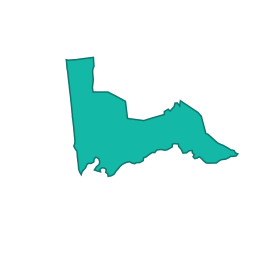 outline of Torres, Rio Grande do Sul, Brazil, rotated 139°
{"feature_id": "56859067B2834526967114", "entity_name": "Torres", "entity_type": "district", "adm_level": 2, "iso_a3": "BRA", "parent_name": "Brazil", "parent_adm1": "Rio Grande do Sul", "projection": "albers", "projection_center": [-49.804, -29.33], "detail": "fine", "context": "isolated", "style": "filled", "palette": "teal", "viewbox_px": 256, "rotation_deg": 139, "n_neighbors": 0, "source": "geoboundaries", "source_scale": "gbopen_adm2", "svg_char_len": 1998}
<svg xmlns="http://www.w3.org/2000/svg" viewBox="0 0 256 256"><g transform="rotate(139 128 128)"><path d="M137.9,93.4L135.7,95.3L133.4,94.3L130.5,94.2L128.0,93.9L125.8,93.6L124.0,91.9L120.8,92.5L118.4,91.0L116.6,89.5L114.9,87.2L112.8,85.9L110.6,85.4L107.0,84.7L105.2,86.7L103.0,85.6L100.5,82.8L101.9,80.8L101.8,77.0L103.0,73.0L100.2,70.9L96.7,70.6L94.3,68.9L95.8,66.9L95.4,64.5L97.8,63.6L97.7,61.1L95.4,59.9L93.0,59.5L92.6,56.5L92.5,53.7L91.9,50.3L90.0,48.4L88.0,46.8L86.2,45.2L84.2,43.6L81.2,43.5L78.2,42.8L74.7,40.4L71.5,39.5L69.2,39.3L67.5,37.8L64.9,36.0L62.1,36.4L63.3,38.9L62.7,41.4L64.7,43.9L66.2,48.7L67.6,52.5L69.0,55.2L70.2,58.1L71.8,70.8L72.9,72.7L65.0,88.8L65.0,93.8L70.6,114.2L74.6,110.7L74.3,114.5L76.1,115.9L79.2,113.9L85.2,113.2L85.3,115.8L87.8,116.2L89.8,116.6L91.7,114.4L97.0,116.8L103.0,119.6L111.2,123.2L122.1,135.5L112.4,149.9L116.7,161.2L117.6,163.4L119.5,168.3L130.8,178.1L128.4,181.8L122.7,187.0L117.8,193.7L115.5,195.8L113.2,196.9L107.8,204.0L119.3,211.7L121.5,213.0L126.2,216.6L128.5,218.2L129.8,220.0L132.6,216.0L134.0,214.2L135.4,212.1L136.6,210.0L138.1,207.9L140.4,204.6L141.9,202.5L143.7,199.7L145.3,197.5L146.9,195.2L149.0,192.1L151.0,189.1L153.2,186.1L155.2,183.1L156.6,181.2L158.4,178.6L159.9,176.6L161.3,174.5L162.7,172.9L164.0,170.7L166.0,167.9L167.8,165.2L169.7,162.6L171.3,160.3L172.9,158.1L174.6,155.7L176.3,153.3L178.2,151.4L180.9,149.7L181.6,146.4L181.7,144.1L183.0,142.2L185.0,139.6L187.1,136.5L188.5,134.4L190.5,131.6L192.1,129.5L193.3,126.7L193.9,123.5L191.4,125.1L188.5,125.5L185.9,125.9L183.9,127.1L181.4,127.5L179.2,125.5L176.1,124.8L173.7,127.0L171.3,127.0L170.2,124.1L171.5,121.0L173.8,119.4L177.4,119.4L180.9,118.4L179.2,115.5L177.5,113.0L176.4,115.2L173.8,115.1L172.1,113.3L171.6,110.8L173.9,109.2L173.4,106.6L174.7,104.5L171.9,102.9L168.9,102.3L164.7,103.4L162.0,103.7L159.6,104.2L156.4,104.3L153.8,103.7L151.8,103.1L149.1,101.6L147.8,98.5L146.4,96.7L144.3,96.2L141.8,94.2L137.9,93.4Z" fill="#14b8a6" stroke="#0f766e" stroke-width="1.5"/></g></svg>